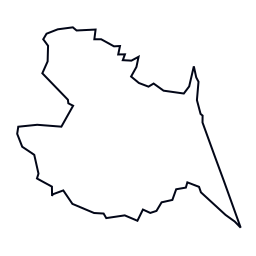 outline of Lincoln, West Virginia, United States of America, rotated 269°
{"feature_id": "52423323B93736628655391", "entity_name": "Lincoln", "entity_type": "district", "adm_level": 2, "iso_a3": "USA", "parent_name": "United States of America", "parent_adm1": "West Virginia", "projection": "orthographic", "projection_center": [-82.056, 38.16], "detail": "fine", "context": "isolated", "style": "outline", "palette": "ink", "viewbox_px": 256, "rotation_deg": 269, "n_neighbors": 0, "source": "geoboundaries", "source_scale": "gbopen_adm2", "svg_char_len": 962}
<svg xmlns="http://www.w3.org/2000/svg" viewBox="0 0 256 256"><g transform="rotate(269 128 128)"><path d="M26.4,238.9L26.7,238.8L73.2,223.0L98.7,214.1L132.2,202.6L139.1,202.8L140.8,200.8L154.7,197.4L173.0,199.3L177.4,197.1L188.5,194.9L168.5,189.9L161.5,184.4L164.7,164.2L172.0,154.4L169.0,149.2L172.8,139.7L179.4,132.0L188.9,137.5L199.0,139.8L195.3,132.6L195.9,124.0L201.7,126.2L201.7,119.5L210.1,121.4L209.9,115.4L217.2,102.7L217.3,95.9L227.0,97.3L226.4,78.3L229.6,74.6L227.9,59.5L223.7,48.2L218.2,44.8L211.6,49.5L196.0,48.8L184.2,43.3L157.3,68.4L153.7,68.8L151.2,73.5L130.5,61.4L132.8,37.3L131.2,18.3L124.1,17.1L111.1,21.9L102.8,33.8L83.9,37.7L79.1,36.1L70.7,50.9L61.4,50.9L63.0,51.6L66.7,62.2L53.1,71.1L43.6,92.6L42.9,102.1L38.3,104.7L40.7,123.2L35.1,135.8L46.2,141.5L42.7,148.8L44.6,155.0L53.1,160.3L55.3,171.1L65.9,175.1L67.4,184.8L72.6,186.4L67.9,198.0L62.4,199.8L39.4,224.0L32.7,233.0L26.4,238.9Z" fill="none" stroke="#020617" stroke-width="2"/></g></svg>